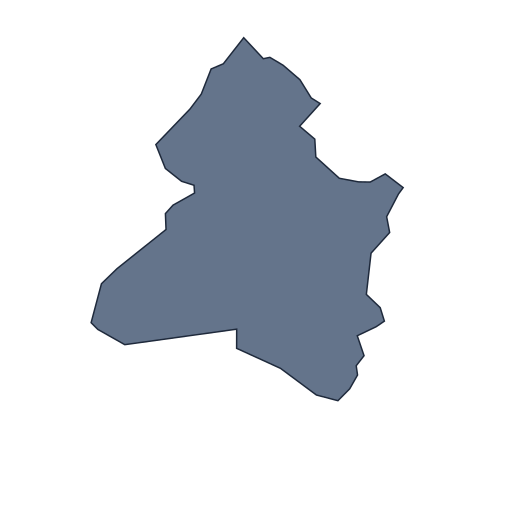 Elbasan, Elbasan, Albania (Albers equal-area conic projection), rotated 132°
{"feature_id": "67620474B34590160208903", "entity_name": "Elbasan", "entity_type": "district", "adm_level": 2, "iso_a3": "ALB", "parent_name": "Albania", "parent_adm1": "Elbasan", "projection": "albers", "projection_center": [20.009, 41.064], "detail": "fine", "context": "isolated", "style": "filled", "palette": "slate", "viewbox_px": 512, "rotation_deg": 132, "n_neighbors": 0, "source": "geoboundaries", "source_scale": "gbopen_adm2", "svg_char_len": 777}
<svg xmlns="http://www.w3.org/2000/svg" viewBox="0 0 512 512"><g transform="rotate(132 256 256)"><path d="M108.5,214.9L124.6,220.6L132.3,229.4L142.5,246.1L142.4,277.8L129.8,290.5L130.4,310.4L99.8,310.3L101.6,320.7L95.6,341.3L96.1,363.5L99.1,378.6L104.5,382.6L102.0,411.2L135.0,408.9L147.0,414.5L172.3,405.0L190.9,403.4L240.2,405.0L251.6,381.9L250.3,361.3L244.9,349.4L250.3,343.8L273.7,351.7L285.1,351.7L296.5,340.6L358.3,350.8L380.0,352.3L415.9,333.9L416.4,324.4L409.7,294.2L323.3,221.4L337.6,208.6L323.1,162.6L318.9,118.1L308.7,98.3L292.0,97.5L276.5,100.9L270.5,108.1L257.8,109.0L247.5,127.4L228.2,119.4L218.5,117.0L211.3,129.1L210.7,148.3L176.9,172.4L149.1,172.4L139.4,185.2L114.6,191.6L106.7,192.4L108.5,214.9Z" fill="#64748b" stroke="#1e293b" stroke-width="1.5"/></g></svg>